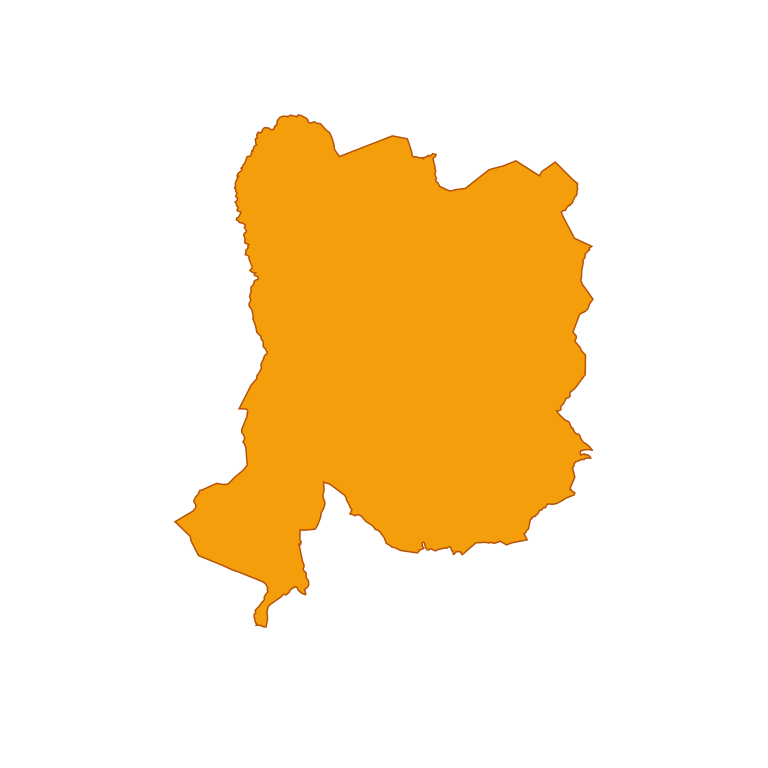 outline of Tancítaro, Michoacán, Mexico, rotated 204°
{"feature_id": "50627088B20425370342224", "entity_name": "Tancítaro", "entity_type": "district", "adm_level": 2, "iso_a3": "MEX", "parent_name": "Mexico", "parent_adm1": "Michoacán", "projection": "albers", "projection_center": [-102.327, 19.354], "detail": "fine", "context": "isolated", "style": "filled", "palette": "amber", "viewbox_px": 768, "rotation_deg": 204, "n_neighbors": 0, "source": "geoboundaries", "source_scale": "gbopen_adm2", "svg_char_len": 6171}
<svg xmlns="http://www.w3.org/2000/svg" viewBox="0 0 768 768"><g transform="rotate(204 384 384)"><path d="M572.2,592.7L578.9,591.6L580.5,588.8L581.5,589.1L585.6,587.3L587.5,585.1L588.6,581.4L587.6,577.7L588.0,575.7L588.8,574.7L588.4,573.8L588.8,571.2L591.3,570.3L593.3,571.0L597.5,569.5L598.3,567.5L598.3,564.0L599.2,563.2L601.3,563.0L601.7,559.7L600.6,558.4L599.9,556.8L601.0,556.1L601.1,555.3L599.1,551.9L597.6,550.9L598.9,549.1L599.2,547.3L598.7,543.4L599.5,543.5L598.6,538.3L599.2,537.5L601.4,536.3L601.1,528.3L601.7,527.0L601.6,524.6L602.4,523.0L601.2,522.5L601.1,520.5L602.8,517.7L603.0,514.3L602.4,513.8L601.6,514.4L601.6,507.3L600.1,504.0L600.2,502.3L599.9,501.8L598.5,501.6L597.7,499.6L596.4,498.9L595.9,497.6L595.7,494.9L593.1,494.0L593.0,491.8L594.0,489.6L592.6,489.3L591.3,487.0L589.0,486.1L588.8,482.7L586.2,482.6L585.1,483.2L584.4,482.5L584.7,477.7L584.8,476.8L586.1,475.8L585.8,474.3L585.4,473.8L583.3,473.9L582.0,472.8L580.7,472.8L579.4,473.6L578.5,473.2L576.3,473.3L575.1,472.8L575.3,470.1L572.3,468.3L571.6,466.9L572.8,464.9L572.8,463.2L570.1,460.2L568.6,456.3L564.1,456.4L564.5,454.3L563.6,453.7L563.7,452.6L564.6,449.9L563.7,448.5L563.3,445.7L561.0,446.1L559.2,445.5L558.0,443.1L551.9,437.2L551.6,436.6L552.7,433.1L549.4,432.5L546.7,433.1L547.4,432.2L546.5,430.5L543.1,430.8L542.1,429.8L541.6,428.5L544.0,426.2L544.4,424.9L543.6,422.1L544.8,418.8L544.7,417.9L543.0,414.0L542.4,409.2L539.8,406.7L540.0,403.0L539.0,400.4L535.0,398.1L530.8,392.5L530.3,390.3L525.2,385.2L521.2,379.5L515.8,377.4L514.5,375.0L512.6,374.3L511.3,373.0L509.6,369.0L507.1,368.1L504.0,365.8L503.4,364.2L504.7,361.2L504.3,358.3L504.5,353.3L503.9,350.7L502.4,348.6L502.9,341.7L503.5,340.5L502.5,336.8L504.9,329.1L506.3,302.4L500.0,305.0L498.9,304.9L497.4,303.9L497.0,301.0L496.0,299.1L495.5,284.6L495.0,283.5L494.3,281.9L491.1,279.9L488.9,277.5L489.4,273.8L487.7,272.9L484.5,270.0L476.0,254.4L477.6,247.8L482.3,238.6L485.1,230.9L486.4,228.6L490.9,226.5L496.5,225.2L507.2,213.1L509.1,211.7L509.0,207.3L510.2,204.2L510.2,200.0L509.4,198.8L507.0,197.3L505.9,195.2L505.8,193.7L506.9,190.1L518.9,173.2L499.2,166.1L496.1,161.9L483.6,151.8L458.4,152.6L446.8,152.5L441.3,153.1L414.0,154.0L410.1,153.0L409.7,152.2L407.5,150.8L406.8,148.1L405.5,147.1L406.6,143.4L406.7,140.4L405.7,138.5L405.7,136.7L406.5,135.7L407.6,130.4L409.6,124.9L408.0,122.6L408.9,121.6L408.4,119.2L404.4,113.8L402.7,113.2L402.7,111.6L398.9,113.2L395.5,113.1L392.9,114.0L394.8,122.0L398.3,128.4L399.3,133.6L398.1,136.6L391.3,147.9L391.1,149.4L389.7,151.5L387.7,151.5L387.3,152.2L385.8,155.7L386.2,156.5L384.8,159.9L383.4,161.2L383.1,162.4L382.1,162.9L380.4,162.7L379.1,161.1L374.4,159.4L371.9,159.5L371.3,160.0L370.4,159.5L369.9,160.1L373.0,163.9L371.4,166.8L371.1,170.1L373.2,173.7L376.4,175.5L378.4,179.8L382.1,181.2L382.6,181.9L382.8,184.8L383.3,185.9L386.5,189.1L395.5,201.7L396.3,201.9L396.5,203.5L394.9,203.3L395.5,206.3L396.4,206.4L397.8,208.2L400.8,215.4L401.1,216.8L398.4,217.5L387.9,223.3L387.2,227.5L387.7,236.5L388.9,240.3L388.6,246.3L389.1,250.0L390.4,252.6L394.3,256.5L395.7,263.0L399.3,269.7L393.6,270.4L391.3,270.2L374.9,266.4L372.3,264.8L371.2,262.9L366.8,259.6L363.9,256.8L362.2,256.3L362.2,251.4L359.2,252.1L357.1,251.7L354.2,254.4L350.8,253.9L344.6,251.1L336.5,249.8L332.9,247.6L329.2,247.9L327.6,247.2L321.4,243.8L317.1,239.4L311.9,238.8L310.4,238.2L307.1,238.9L301.0,238.7L285.0,243.2L284.0,245.4L284.1,246.5L280.9,249.9L281.0,250.5L283.3,251.5L283.4,252.5L284.5,254.2L283.9,255.5L282.7,255.5L279.2,251.2L276.9,250.1L276.2,250.2L274.1,252.7L270.0,252.3L268.6,252.9L268.1,254.0L266.2,255.6L261.6,259.0L259.9,259.5L258.7,261.5L257.9,261.9L256.6,261.8L254.4,259.5L252.8,258.7L251.3,256.5L250.6,257.3L249.8,260.5L248.6,260.5L247.6,261.4L245.1,261.7L244.5,260.4L243.1,259.9L235.5,276.2L227.0,280.6L223.3,281.4L222.4,282.7L219.5,283.1L217.8,283.8L213.8,287.6L206.6,286.9L202.9,290.7L189.8,299.9L195.2,304.3L194.1,305.9L194.1,308.2L193.1,310.2L195.2,319.8L194.2,321.0L194.1,322.9L191.7,325.1L191.9,326.2L190.5,328.4L190.7,330.1L190.0,332.6L188.7,333.0L188.3,335.2L187.6,336.1L186.2,336.7L186.1,340.5L183.6,342.0L181.8,342.2L177.8,344.9L173.8,349.9L171.4,353.7L165.4,359.8L165.2,361.5L165.8,362.5L168.6,362.5L170.1,363.7L171.2,363.3L171.6,363.8L171.8,376.6L177.9,384.3L177.1,386.0L177.8,388.5L177.2,390.8L172.2,395.9L170.7,396.2L169.5,398.4L165.0,400.4L166.6,401.7L169.7,402.1L171.4,401.2L172.3,401.7L174.5,400.1L174.7,399.3L175.5,399.2L176.6,400.6L177.2,402.8L173.5,405.8L169.1,407.8L166.2,408.3L167.6,408.6L170.4,410.3L175.8,411.7L178.2,411.9L181.6,413.9L183.9,416.3L186.1,417.4L187.6,416.6L190.0,417.2L193.4,420.3L194.7,420.5L196.7,421.8L199.4,424.6L204.2,424.8L211.3,427.3L215.3,429.6L212.9,431.1L211.9,432.5L213.4,435.3L212.0,439.2L211.8,444.8L209.9,446.6L209.1,448.1L209.2,449.0L210.4,450.7L210.4,452.3L207.7,457.9L204.0,474.5L211.8,492.5L217.8,495.0L219.0,496.7L227.2,500.8L227.0,503.8L227.8,505.8L228.6,506.5L232.4,508.1L233.7,527.4L229.6,532.3L228.4,535.5L228.7,541.2L227.6,546.5L243.7,556.0L246.7,559.2L246.8,561.2L249.5,568.0L251.4,576.1L252.5,577.4L252.0,581.7L253.1,584.6L251.8,587.8L251.8,588.9L250.7,590.2L251.7,591.4L250.2,594.3L269.3,594.6L288.5,609.8L291.9,613.0L291.3,615.0L288.9,616.3L288.7,620.7L288.0,621.3L287.9,622.4L286.8,622.7L286.1,625.5L285.7,625.7L285.7,633.0L284.9,634.0L285.2,636.8L286.3,638.3L286.4,640.9L288.1,643.5L288.3,645.4L289.1,646.0L294.2,647.3L317.8,656.4L326.3,642.2L326.7,637.4L354.3,641.5L364.1,631.4L372.1,625.1L375.4,622.1L389.3,595.7L396.9,591.1L402.4,587.0L413.6,587.2L416.6,589.8L419.1,590.2L419.7,591.2L419.6,593.1L422.8,596.1L423.4,599.7L425.8,602.3L425.6,603.0L426.8,604.7L428.0,605.4L428.6,606.9L430.4,609.1L430.9,610.6L429.7,612.5L429.7,614.8L433.3,614.2L434.5,611.0L435.5,610.7L436.3,611.1L438.2,608.1L439.8,607.1L439.5,605.8L441.8,606.2L443.2,604.9L445.6,604.9L448.3,604.2L448.4,603.7L450.2,603.7L451.3,604.4L453.0,607.2L462.4,617.5L477.2,614.1L517.4,573.5L518.4,574.4L524.5,578.0L527.0,582.1L531.0,587.1L536.2,591.6L540.3,592.5L546.2,595.2L548.7,596.0L550.2,594.9L554.6,595.1L557.1,592.5L558.9,592.2L560.3,593.1L560.6,594.0L563.0,595.2L568.9,595.5L571.5,595.0L572.0,594.5L572.2,592.7Z" fill="#f59e0b" stroke="#b45309" stroke-width="1.5"/></g></svg>